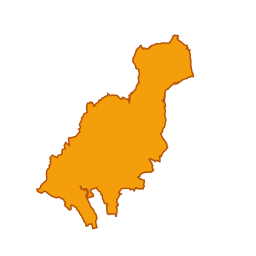 the district of Letterkenny Lea-7, Donegal, Ireland, rotated 125°
{"feature_id": "5873133B45829912982707", "entity_name": "Letterkenny Lea-7", "entity_type": "district", "adm_level": 2, "iso_a3": "IRL", "parent_name": "Ireland", "parent_adm1": "Donegal", "projection": "orthographic", "projection_center": [-7.823, 54.956], "detail": "fine", "context": "isolated", "style": "filled", "palette": "amber", "viewbox_px": 256, "rotation_deg": 125, "n_neighbors": 0, "source": "geoboundaries", "source_scale": "gbopen_adm2", "svg_char_len": 5903}
<svg xmlns="http://www.w3.org/2000/svg" viewBox="0 0 256 256"><g transform="rotate(125 128 128)"><path d="M47.3,104.7L47.2,105.2L46.0,106.2L45.6,107.6L43.6,109.3L43.5,109.9L41.4,111.7L41.5,111.8L41.1,112.3L37.3,114.8L35.4,116.5L35.0,117.3L31.6,119.6L31.5,120.1L29.9,121.7L30.0,121.8L29.3,122.9L28.8,122.4L28.9,123.4L29.2,123.4L29.0,124.0L29.2,124.6L28.3,124.9L29.1,125.5L27.7,125.9L26.4,127.0L27.5,128.0L27.3,133.2L26.9,133.9L27.2,134.8L27.0,136.4L27.2,137.4L25.4,139.0L25.7,139.2L25.3,139.2L24.6,139.8L24.0,139.5L23.6,140.1L24.7,141.6L25.1,142.9L26.2,143.2L26.3,143.7L32.5,142.6L33.1,143.1L34.9,142.8L38.1,147.8L39.0,148.9L41.0,150.2L42.3,152.7L44.3,154.2L45.2,154.4L47.3,156.3L48.7,155.8L49.3,156.2L49.3,156.9L50.6,156.8L50.4,156.5L50.5,156.4L52.8,158.3L53.1,159.1L52.7,159.5L53.6,160.8L54.3,160.8L54.6,161.3L54.0,162.0L54.3,163.0L53.4,163.7L52.8,164.7L53.9,165.2L55.4,164.9L57.0,165.7L58.7,165.9L66.1,163.9L67.2,164.1L70.1,162.7L71.1,161.7L71.5,159.6L72.5,157.8L73.3,156.7L74.3,156.2L74.4,154.7L74.1,152.6L74.2,152.3L75.5,151.7L76.4,150.2L77.6,149.4L80.3,148.9L80.5,148.3L81.6,147.8L83.3,145.9L84.2,145.8L84.4,145.3L85.6,145.3L85.7,144.9L86.3,145.2L88.6,145.2L91.8,143.8L93.0,144.3L95.4,144.2L95.9,144.8L97.4,144.3L97.9,144.7L97.5,145.6L98.0,145.7L99.8,145.1L100.6,145.1L100.9,145.6L101.4,144.6L101.9,144.2L101.9,144.4L102.2,144.6L102.4,144.1L102.9,144.0L102.6,143.6L103.7,143.4L104.0,143.8L104.4,143.2L103.8,142.7L106.4,141.4L106.6,141.6L105.5,142.2L104.5,144.9L105.1,145.5L105.5,146.4L105.5,149.1L106.0,150.1L107.8,149.5L107.7,149.9L108.1,150.4L108.5,152.0L108.4,152.7L107.7,153.8L107.7,155.7L110.2,160.0L111.1,160.4L111.5,161.0L111.5,164.2L112.3,163.5L113.4,163.5L114.9,164.5L117.6,165.5L118.4,166.4L119.9,166.0L121.2,167.0L121.5,166.7L121.8,167.2L121.9,166.9L123.1,167.4L124.6,167.0L126.0,168.2L128.0,167.9L128.7,168.4L129.1,168.2L129.1,168.6L129.5,168.8L128.6,169.3L128.2,170.4L128.4,171.6L127.9,171.8L128.1,172.0L127.8,172.2L127.9,172.9L128.3,173.6L128.5,173.3L129.5,173.5L130.8,175.3L134.3,174.3L135.0,173.1L136.4,172.6L138.7,170.4L141.5,172.1L145.1,171.4L146.6,171.7L147.9,170.6L152.5,169.9L153.5,169.2L153.9,168.1L155.0,167.2L156.1,167.0L157.1,167.8L158.1,166.1L159.3,165.0L160.2,165.6L164.8,165.9L168.8,169.1L169.2,170.2L170.7,170.8L175.8,166.3L175.6,167.0L176.0,168.6L175.5,170.7L178.8,170.3L181.1,167.4L183.0,169.4L185.7,168.3L187.5,167.0L190.3,169.4L191.8,169.5L192.6,169.0L193.1,169.7L193.6,174.3L197.1,174.9L199.2,172.5L200.4,172.4L201.8,170.7L204.1,171.1L205.5,169.6L207.9,170.2L210.1,169.8L213.3,167.8L215.8,165.5L217.8,164.8L223.7,166.2L225.6,166.3L226.5,165.5L228.9,165.8L230.4,167.5L231.6,166.1L231.6,163.8L231.1,162.7L231.3,162.4L230.6,161.1L227.6,160.4L227.3,158.4L227.6,154.2L227.4,152.7L227.6,150.9L227.0,149.6L226.4,146.8L224.0,144.4L223.8,143.2L224.2,141.8L223.6,141.1L223.4,139.8L224.6,138.1L224.6,136.9L225.0,136.3L226.4,136.4L227.9,134.8L228.0,132.6L228.8,129.1L227.3,128.0L224.1,130.4L223.8,130.3L223.9,129.6L222.9,128.7L223.1,127.2L222.9,124.5L223.9,123.6L224.3,122.0L224.5,120.2L225.0,119.8L226.5,116.8L226.7,115.2L228.1,113.4L228.6,111.9L229.8,110.5L229.6,110.2L230.5,108.0L232.4,106.0L230.9,104.8L229.4,105.2L228.6,103.8L227.4,102.6L230.5,99.1L227.4,96.3L223.8,100.4L221.9,101.4L220.7,101.3L219.6,101.9L217.1,104.7L216.9,106.2L214.9,109.1L214.3,110.9L214.0,113.1L212.4,115.8L211.6,116.3L211.7,116.7L210.6,118.8L207.6,123.8L206.9,123.4L203.9,124.0L203.6,125.3L202.4,125.9L202.0,127.4L203.8,128.1L203.9,128.4L203.5,128.8L203.4,129.3L204.9,130.7L204.6,131.8L203.1,132.8L203.2,133.7L202.3,133.7L203.1,133.6L203.0,132.8L204.5,131.6L204.7,130.7L203.2,129.5L203.2,128.9L203.7,128.2L202.8,128.2L201.7,127.6L201.8,125.5L202.5,125.3L203.5,123.9L205.4,122.6L207.2,122.5L208.5,120.7L206.4,119.6L205.9,118.7L204.8,118.5L204.9,118.0L203.7,117.2L202.3,118.4L201.7,122.3L200.2,122.5L199.7,123.0L194.8,119.3L195.7,118.5L196.4,116.0L196.0,114.8L197.1,112.5L197.9,112.0L197.6,111.4L198.0,111.0L198.0,110.2L200.3,108.6L201.9,105.8L203.2,104.2L203.3,103.7L202.0,102.0L202.0,101.1L202.6,100.6L203.8,101.0L204.3,100.8L204.6,100.2L205.7,99.7L210.0,95.7L209.6,95.2L209.8,94.5L209.4,93.5L207.4,91.9L207.2,90.9L206.1,90.2L205.9,88.8L207.2,87.7L207.0,86.9L200.7,90.4L199.8,92.1L198.6,92.5L197.9,92.2L198.0,91.7L196.1,92.1L195.7,94.5L194.2,95.0L193.5,95.9L189.3,96.1L188.1,96.8L185.9,95.7L186.4,98.5L181.5,98.5L179.9,96.8L176.8,92.4L176.6,91.7L177.3,90.7L176.3,90.1L175.6,88.9L176.1,86.3L175.1,87.5L174.6,87.6L173.3,86.9L172.7,87.4L172.1,86.8L172.3,86.1L171.9,85.6L172.1,85.0L169.2,80.7L168.3,81.5L166.2,81.2L166.0,82.4L163.1,83.6L161.4,84.8L162.1,86.3L162.8,89.2L162.7,91.6L162.3,91.8L161.1,90.6L158.3,91.1L156.7,90.3L154.0,88.2L153.4,86.9L152.7,86.7L152.6,86.2L150.8,83.8L150.3,84.0L149.6,83.2L148.1,83.0L148.3,83.4L147.3,84.0L147.4,84.3L146.5,85.4L144.4,86.4L144.2,86.9L144.3,87.6L142.8,88.6L142.7,89.9L142.3,90.3L141.8,92.4L141.4,92.8L140.0,91.1L140.2,89.7L139.7,88.7L139.9,87.3L139.7,86.2L138.6,86.2L138.0,85.7L137.5,82.9L137.2,82.5L133.7,85.1L133.1,86.0L132.3,85.4L132.2,84.5L127.8,85.3L124.9,84.6L121.2,84.4L120.3,85.9L118.8,87.1L118.6,88.0L117.9,88.8L117.6,90.2L116.9,91.7L115.8,95.1L113.7,97.9L111.7,97.6L107.9,99.1L107.0,98.7L105.5,98.9L102.4,100.6L100.7,101.0L99.5,101.7L96.0,105.7L92.6,107.1L90.1,110.3L89.2,109.5L86.7,111.7L86.2,113.0L85.4,113.3L86.0,113.7L86.4,113.6L86.4,113.9L85.8,114.2L85.7,114.8L85.4,114.6L85.5,114.2L84.9,114.4L85.3,115.2L84.5,114.8L84.0,115.1L83.6,114.7L83.4,115.2L82.0,115.2L81.9,115.9L81.0,115.7L80.6,116.2L80.1,116.3L79.9,117.0L78.3,117.5L78.1,118.0L75.6,118.7L74.3,118.6L73.3,117.4L72.5,117.7L71.1,117.3L70.3,117.4L69.8,116.9L68.9,117.2L67.9,116.6L66.4,116.4L66.2,115.7L64.3,116.0L64.4,115.1L64.0,114.5L64.4,114.1L63.5,114.1L63.3,112.9L62.1,113.2L62.3,113.0L62.0,113.0L61.8,112.5L59.2,111.4L58.4,111.5L54.7,109.4L53.6,108.0L52.5,107.9L50.8,106.8L50.5,106.2L49.1,105.7L48.7,104.1L47.3,104.7Z" fill="#f59e0b" stroke="#b45309" stroke-width="1.5"/></g></svg>